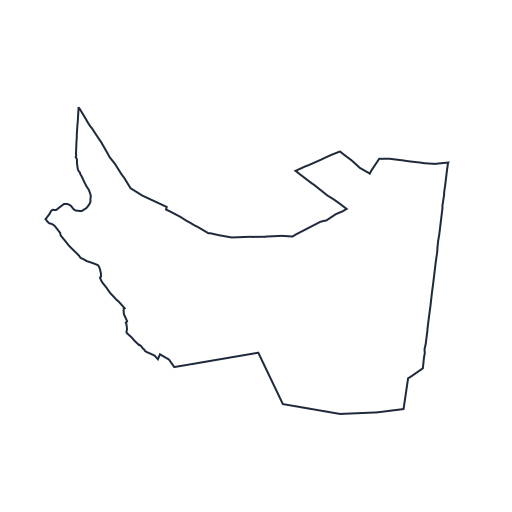 outline of San Miguel Ejutla, Oaxaca, Mexico, rotated 82°
{"feature_id": "50627088B91603185074528", "entity_name": "San Miguel Ejutla", "entity_type": "district", "adm_level": 2, "iso_a3": "MEX", "parent_name": "Mexico", "parent_adm1": "Oaxaca", "projection": "albers", "projection_center": [-96.744, 16.594], "detail": "fine", "context": "isolated", "style": "outline", "palette": "slate", "viewbox_px": 512, "rotation_deg": 82, "n_neighbors": 0, "source": "geoboundaries", "source_scale": "gbopen_adm2", "svg_char_len": 3724}
<svg xmlns="http://www.w3.org/2000/svg" viewBox="0 0 512 512"><g transform="rotate(82 256 256)"><path d="M213.4,443.5L213.8,443.3L215.6,442.2L219.1,440.2L220.0,439.6L221.1,438.8L226.2,434.9L229.0,432.7L231.1,431.2L233.1,430.2L233.5,429.9L234.6,428.1L236.1,426.0L237.4,424.5L240.2,418.8L242.3,415.1L243.1,413.8L245.1,412.8L248.0,412.3L252.1,412.0L254.8,412.4L255.7,413.5L257.4,413.1L258.3,412.8L259.8,412.3L260.8,411.9L265.4,409.2L266.5,408.5L268.6,407.5L272.2,405.6L272.9,405.2L276.9,402.3L279.3,400.7L280.7,399.6L280.9,399.3L281.1,399.2L281.6,398.6L289.4,393.4L289.6,394.3L291.8,394.7L294.4,394.9L295.9,394.8L297.4,394.2L298.9,393.8L302.8,392.7L304.0,394.2L304.4,393.9L307.5,393.8L309.9,393.9L310.8,394.0L312.6,394.7L313.1,394.8L314.3,394.7L319.2,390.6L322.7,388.3L325.1,386.5L326.7,385.2L327.7,384.5L327.5,384.2L327.9,383.6L329.7,382.0L331.7,381.0L332.9,379.9L334.6,379.1L335.9,377.6L336.6,376.5L337.7,374.6L340.6,370.2L344.6,367.5L340.0,364.8L346.4,356.6L354.6,352.4L352.1,267.2L406.4,250.0L424.1,194.8L427.7,158.1L428.1,131.2L398.3,122.4L396.8,119.0L390.4,106.4L379.2,103.6L375.9,102.4L371.8,102.1L366.8,100.2L353.2,96.5L352.6,96.5L343.3,94.0L329.7,90.2L316.5,86.8L307.2,84.2L286.1,78.6L276.9,75.9L273.6,75.3L266.7,73.6L259.7,71.4L259.3,71.3L234.2,64.6L233.8,64.6L232.5,64.5L225.6,62.4L220.7,61.0L219.7,61.0L214.6,59.5L212.5,58.9L211.4,58.6L197.9,55.0L190.5,52.9L190.2,52.7L190.0,57.9L189.8,62.0L189.7,66.0L188.1,73.7L187.6,76.2L186.7,79.2L186.4,80.1L183.6,91.1L181.5,98.2L178.2,110.6L176.9,120.5L186.7,129.2L187.5,129.9L190.3,131.9L189.6,132.6L186.6,136.5L183.2,140.9L175.1,147.6L173.3,149.3L169.6,153.1L164.2,158.3L166.4,167.6L166.5,167.9L168.4,174.3L169.7,178.3L173.5,191.7L174.1,194.7L174.2,195.0L175.7,200.0L176.5,202.7L176.7,203.1L177.2,205.0L190.7,191.8L190.9,191.4L191.2,191.3L191.5,191.0L193.9,188.3L205.9,177.0L210.8,171.1L216.4,165.2L221.5,160.2L222.0,159.7L222.5,161.0L222.7,161.5L223.7,163.7L225.7,171.2L230.6,181.4L230.8,185.4L231.2,187.8L240.2,213.5L241.8,217.1L239.6,227.8L239.2,232.1L238.1,243.9L238.3,244.3L238.1,245.6L237.5,249.6L237.3,251.6L236.9,254.0L236.8,255.7L236.1,259.5L234.3,277.2L234.0,278.3L230.4,289.4L228.2,295.2L227.2,297.7L226.9,299.9L222.9,304.9L219.0,309.8L217.5,312.1L215.7,314.4L214.1,316.3L211.5,319.9L206.6,325.6L199.6,335.4L197.5,338.6L195.0,337.6L180.4,360.1L171.6,370.6L171.0,371.0L159.9,375.8L156.6,377.7L145.7,382.6L144.9,383.0L137.6,387.3L133.9,388.6L120.7,393.9L119.7,394.5L111.0,398.7L108.9,399.6L106.1,401.0L104.3,402.2L99.6,404.3L96.5,405.5L85.8,410.1L84.9,410.7L83.9,411.1L85.1,411.2L99.1,414.0L99.9,414.3L111.0,416.6L112.2,416.7L114.6,417.2L116.9,417.7L130.1,420.1L131.6,420.0L132.6,420.7L133.0,420.8L133.5,420.5L133.6,420.4L135.3,419.9L139.4,420.4L143.0,420.4L145.5,420.3L147.0,419.9L148.6,418.9L151.0,418.4L153.2,417.4L157.1,416.3L162.6,414.5L167.4,412.3L171.6,411.4L174.0,411.3L176.8,412.1L179.2,412.4L180.9,413.3L183.5,415.7L185.1,417.5L186.1,420.0L187.1,422.0L187.2,422.9L186.1,427.3L186.1,427.6L185.5,428.8L184.5,429.9L183.2,430.8L182.1,431.4L181.1,431.9L180.8,432.1L180.1,432.8L179.1,434.1L178.2,435.7L178.0,436.4L178.1,437.5L177.8,438.3L177.8,438.8L177.9,439.1L178.0,439.4L178.5,440.2L179.7,442.4L180.5,444.0L181.5,445.5L181.9,446.2L182.2,446.7L182.5,447.2L182.6,448.0L182.6,448.5L182.5,449.0L182.2,449.9L182.1,450.4L182.0,450.5L182.1,451.1L182.1,451.4L182.4,451.9L182.7,452.4L183.3,453.0L184.6,453.9L185.9,454.9L188.0,457.0L189.5,458.5L190.2,459.3L190.6,459.0L191.8,458.4L193.1,457.6L194.2,456.8L195.0,456.0L195.2,455.1L195.4,454.6L196.0,453.6L196.8,452.5L197.5,451.8L199.1,450.6L200.6,449.8L202.1,448.9L204.4,447.6L205.9,446.7L207.1,446.7L208.2,446.6L209.3,446.1L210.7,445.2L212.1,444.4L213.4,443.5Z" fill="none" stroke="#1e293b" stroke-width="2"/></g></svg>